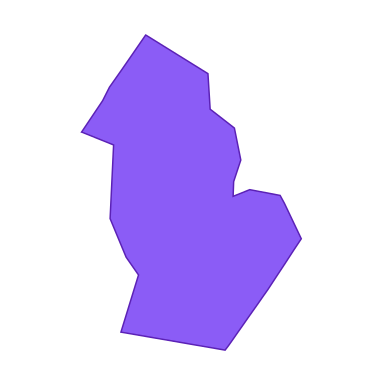 outline of Galguduud, rotated 175°
{"feature_id": "SOM-2408", "entity_name": "Galguduud", "entity_type": "Region", "adm_level": 1, "iso_a3": "SOM", "parent_name": "Somalia", "parent_adm1": "", "projection": "natural_earth1", "projection_center": [46.568, 5.004], "detail": "fine", "context": "isolated", "style": "filled", "palette": "violet", "viewbox_px": 384, "rotation_deg": 175, "n_neighbors": 0, "source": "natural_earth", "source_scale": "10m", "svg_char_len": 623}
<svg xmlns="http://www.w3.org/2000/svg" viewBox="0 0 384 384"><g transform="rotate(175 192 192)"><path d="M87.2,135.9L95.9,125.0L105.5,112.7L115.2,100.5L124.9,88.2L130.4,81.7L135.9,75.1L141.4,68.6L146.9,62.1L152.4,55.5L157.9,49.0L163.4,42.4L168.9,35.9L172.8,31.6L206.9,40.6L240.9,49.6L275.0,58.6L252.5,114.0L263.3,132.8L275.9,172.6L266.0,245.7L296.3,261.1L296.8,261.3L273.1,290.7L265.1,303.6L251.2,320.1L239.6,334.1L224.5,352.4L224.1,352.2L165.8,308.5L166.7,272.9L144.2,252.0L140.6,219.6L149.6,198.7L151.4,184.1L134.3,189.3L104.5,180.9L100.9,172.6L87.2,135.9Z" fill="#8b5cf6" stroke="#5b21b6" stroke-width="1.5"/></g></svg>